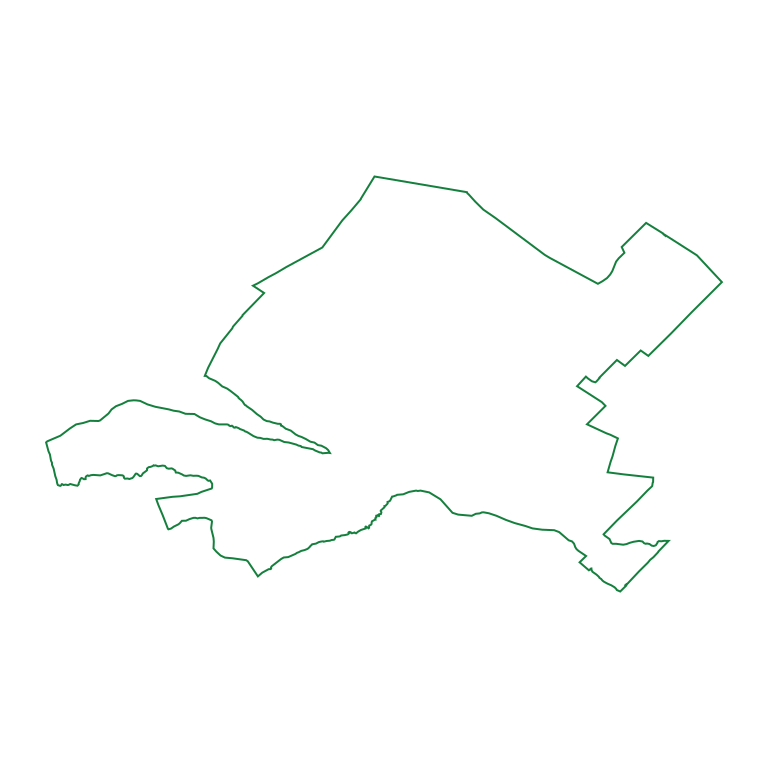 outline of Baia, Suceava, Romania
{"feature_id": "2599482B74007881271800", "entity_name": "Baia", "entity_type": "district", "adm_level": 2, "iso_a3": "ROU", "parent_name": "Romania", "parent_adm1": "Suceava", "projection": "robinson", "projection_center": [26.198, 47.421], "detail": "fine", "context": "isolated", "style": "outline", "palette": "green", "viewbox_px": 768, "rotation_deg": 0, "n_neighbors": 0, "source": "geoboundaries", "source_scale": "gbopen_adm2", "svg_char_len": 6080}
<svg xmlns="http://www.w3.org/2000/svg" viewBox="0 0 768 768"><path d="M668.6,540.9L664.1,540.8L661.4,541.3L658.9,541.1L657.6,542.0L657.4,542.9L655.8,545.3L653.7,546.0L651.6,545.6L649.5,544.0L646.8,543.5L645.9,543.8L644.9,543.5L644.1,543.2L642.5,541.5L639.1,540.9L633.4,541.8L629.5,542.9L626.5,544.1L623.2,544.7L616.2,543.8L612.6,543.8L611.3,543.0L609.5,539.0L604.7,535.6L603.6,534.3L617.0,520.5L636.9,501.5L647.6,490.4L651.7,486.6L652.2,486.0L652.7,482.7L653.1,482.1L653.2,477.6L623.9,474.4L607.6,472.3L610.6,461.8L612.5,456.4L615.3,446.1L617.9,438.4L610.2,434.7L606.4,433.3L587.0,424.3L605.5,405.9L601.8,402.1L577.1,386.2L585.9,376.6L588.0,378.5L592.0,381.3L595.3,382.3L596.4,381.5L599.6,377.9L599.4,377.6L616.9,360.0L625.0,365.9L640.7,350.5L648.3,355.9L671.3,333.2L691.9,312.0L721.9,282.1L696.9,255.3L665.4,235.2L665.3,235.7L663.4,234.2L663.4,233.7L646.1,222.9L621.7,247.0L624.4,252.8L618.8,258.2L616.1,261.6L612.3,271.1L610.2,274.5L607.1,278.0L602.5,281.2L597.9,283.8L549.8,257.9L544.8,254.9L495.7,218.2L483.3,209.6L475.3,201.7L468.4,194.1L467.4,193.4L467.0,192.2L374.5,176.5L360.8,198.8L360.8,199.2L351.5,210.2L342.3,220.4L322.3,247.5L286.2,267.1L276.1,273.1L268.2,277.3L257.9,283.3L253.0,285.7L264.1,293.0L242.5,315.2L242.5,315.8L233.0,326.6L232.3,328.3L220.2,343.4L217.8,348.7L208.1,367.8L204.8,375.9L206.4,376.0L209.0,378.2L215.1,380.8L218.0,382.7L222.2,386.4L227.0,388.5L230.3,390.8L238.1,396.9L238.5,397.9L239.0,398.2L239.5,398.9L240.6,399.6L242.5,401.4L244.3,404.2L245.1,405.1L245.9,405.4L246.8,406.3L252.1,409.9L256.9,414.1L260.8,416.8L263.5,419.5L266.8,421.1L269.5,421.4L272.8,422.6L277.8,423.8L280.0,423.8L281.0,424.4L280.8,425.2L281.2,425.8L282.3,426.0L285.7,428.7L290.8,430.6L295.6,434.4L298.4,435.9L301.4,436.9L305.8,439.0L310.4,441.7L314.5,442.6L317.9,445.1L321.4,445.7L326.1,448.2L328.2,450.1L329.9,453.0L328.3,452.8L322.4,453.3L321.3,452.6L319.7,452.4L315.1,450.5L313.0,449.2L301.6,447.0L300.7,446.0L298.4,445.6L296.4,444.6L288.7,442.5L284.2,442.0L279.3,439.8L277.3,439.6L274.1,440.2L272.7,439.6L270.6,439.5L267.3,438.8L263.5,438.9L260.3,437.9L257.4,437.7L253.5,436.1L247.6,432.4L246.5,431.8L245.2,431.5L244.0,430.5L239.9,429.0L238.6,428.1L235.9,427.1L235.5,427.1L234.9,427.7L233.6,427.4L233.0,426.5L231.9,425.7L230.7,426.1L229.4,425.8L228.5,424.8L227.0,424.4L218.9,424.4L215.1,423.4L211.1,421.3L205.1,419.4L199.9,417.3L194.4,414.0L185.5,413.8L179.3,411.5L173.6,410.7L168.9,409.4L155.4,406.8L147.5,404.4L140.1,400.9L136.2,400.4L133.5,400.3L128.0,400.9L122.0,403.9L116.0,406.2L111.6,409.4L108.5,413.5L100.0,420.5L98.4,421.0L90.1,420.8L83.1,423.0L76.1,424.4L70.0,428.4L60.4,435.7L47.3,441.3L46.1,442.4L48.5,451.3L49.9,454.4L51.0,460.6L52.0,462.8L52.0,464.7L53.6,468.5L55.3,476.2L56.6,479.8L57.0,482.5L57.5,484.3L57.9,485.1L60.2,485.9L61.1,485.4L61.7,484.2L62.3,484.2L63.5,485.0L65.6,484.6L67.7,485.0L68.6,484.9L70.2,484.0L75.0,485.3L77.5,485.7L78.7,484.4L78.6,483.5L79.8,480.9L80.0,479.8L81.1,478.3L81.5,478.0L82.5,478.3L83.9,479.2L85.6,479.1L85.6,477.3L86.0,476.5L87.2,475.6L87.8,475.4L88.7,475.9L89.3,475.8L90.9,475.2L93.3,474.9L100.3,475.4L106.9,473.2L108.3,473.4L112.2,475.2L114.8,476.1L115.8,476.1L117.0,475.3L118.5,475.1L122.2,475.3L123.4,475.8L123.9,476.7L123.9,477.7L124.9,478.7L127.5,478.5L129.4,479.0L132.4,478.0L133.5,476.9L135.7,473.7L136.4,473.6L137.3,473.9L139.8,476.1L141.0,476.0L141.6,475.5L142.9,473.4L146.8,470.5L147.1,470.1L147.0,468.7L147.5,468.0L148.9,467.1L150.5,466.9L152.6,466.1L153.6,465.3L154.4,465.6L155.7,465.4L158.1,466.3L162.6,465.6L164.9,465.9L166.8,468.2L168.7,468.7L171.6,468.4L172.5,468.7L175.2,470.5L175.8,472.5L178.3,472.7L182.3,474.5L183.8,475.5L186.1,475.9L190.4,475.3L193.3,475.8L196.5,475.7L198.5,475.9L201.8,477.4L204.0,477.7L205.7,478.5L207.7,480.4L208.5,480.8L210.1,480.5L212.2,483.8L212.1,487.5L211.7,488.5L201.4,491.9L197.4,493.8L180.1,496.3L172.6,496.8L156.2,499.0L158.3,504.8L162.8,515.5L167.9,528.7L168.4,529.3L171.0,528.6L174.0,526.5L178.3,524.4L179.7,523.3L181.9,520.8L186.0,520.7L189.5,519.1L193.3,517.9L195.3,517.8L197.6,518.4L199.4,517.9L204.7,517.8L206.3,518.1L211.5,520.3L212.0,521.5L211.2,527.6L211.3,528.9L213.5,537.9L213.8,541.5L213.5,548.4L216.3,551.6L220.5,555.5L224.9,557.6L232.7,558.3L246.2,560.2L247.8,561.3L257.9,576.4L262.2,572.7L268.6,569.2L270.7,569.1L271.2,568.3L271.0,567.4L271.8,566.2L281.1,559.0L283.7,557.5L288.2,557.1L295.5,553.9L297.0,552.8L298.5,552.3L301.2,550.9L304.5,550.1L307.5,548.9L308.4,548.2L310.3,546.3L310.5,545.8L311.6,545.0L312.1,544.3L316.0,543.6L318.8,542.1L320.9,541.6L323.1,541.3L323.7,541.7L326.6,541.0L329.9,540.7L331.7,540.0L333.8,539.8L334.4,539.5L335.8,536.8L339.2,536.5L340.3,536.2L341.1,535.5L344.8,535.1L347.8,534.4L348.9,533.5L348.5,532.5L349.1,532.0L349.7,531.9L350.8,532.3L351.2,533.1L351.9,533.3L354.6,532.5L355.2,533.1L356.1,533.3L358.0,531.7L360.9,530.0L365.8,528.4L365.8,527.5L365.4,527.0L365.7,526.6L366.3,526.7L368.6,528.3L369.1,527.8L369.2,525.6L370.9,524.8L371.5,524.1L371.7,522.2L372.0,521.3L374.9,519.7L375.5,519.7L375.3,518.2L376.3,517.5L376.1,516.2L376.2,515.8L377.4,515.8L377.5,515.2L377.9,515.1L379.0,516.1L379.2,515.9L378.9,514.7L379.0,514.3L381.0,513.9L381.4,512.2L380.8,511.3L380.7,510.8L381.0,510.3L384.4,507.3L384.6,506.9L384.4,506.1L385.5,505.8L387.4,503.8L387.7,503.3L387.5,502.0L389.5,501.2L390.2,500.5L392.1,496.6L393.3,496.4L396.4,495.3L397.1,494.8L403.2,494.3L409.1,491.9L416.1,490.6L417.8,491.0L420.5,490.6L429.2,492.4L440.5,499.3L452.5,512.8L458.2,514.6L471.8,515.8L475.8,513.8L479.7,513.4L481.9,512.4L483.6,512.3L485.8,512.7L489.0,513.3L496.5,515.8L505.9,519.9L514.8,523.1L525.4,526.0L532.5,528.4L542.2,529.7L554.2,530.2L559.2,532.1L568.7,540.3L572.0,541.4L574.0,543.6L575.3,547.2L576.5,549.1L578.4,550.8L586.1,556.0L579.6,562.3L588.9,570.3L590.0,569.6L590.6,568.7L591.4,568.5L591.6,570.2L592.5,571.8L596.5,574.6L598.9,576.8L599.4,577.8L601.2,579.0L602.4,580.5L603.9,581.7L607.4,583.6L611.3,585.3L614.6,587.3L616.2,588.9L616.8,590.0L620.2,591.5L626.0,585.8L625.3,585.2L626.4,584.2L626.7,584.5L639.1,571.3L647.9,562.6L650.2,559.8L653.4,557.2L658.2,552.1L658.3,551.6L668.6,540.9Z" fill="none" stroke="#15803d" stroke-width="2"/></svg>